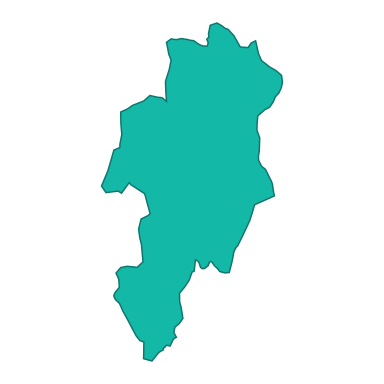 outline of Yewa South, Ogun, Nigeria
{"feature_id": "59680162B97490121732821", "entity_name": "Yewa South", "entity_type": "district", "adm_level": 2, "iso_a3": "NGA", "parent_name": "Nigeria", "parent_adm1": "Ogun", "projection": "equal_earth", "projection_center": [2.951, 6.767], "detail": "fine", "context": "isolated", "style": "filled", "palette": "teal", "viewbox_px": 384, "rotation_deg": 0, "n_neighbors": 0, "source": "geoboundaries", "source_scale": "gbopen_adm2", "svg_char_len": 2064}
<svg xmlns="http://www.w3.org/2000/svg" viewBox="0 0 384 384"><path d="M274.4,195.9L273.5,191.8L272.4,184.0L271.3,181.0L269.8,178.2L265.5,169.4L261.5,166.2L258.6,160.2L258.4,156.5L259.3,150.7L259.7,137.9L257.0,130.5L257.0,125.0L257.8,115.8L264.9,109.7L269.7,107.2L273.3,101.8L275.3,96.9L279.0,92.8L281.4,87.4L282.5,82.1L281.5,75.3L276.0,70.6L269.7,67.0L261.5,60.6L259.7,56.4L258.5,53.7L255.6,40.8L251.1,43.1L248.1,47.6L240.3,47.0L233.9,35.7L227.9,29.2L225.2,28.4L222.2,26.0L217.0,23.0L210.2,25.3L208.5,33.6L208.9,37.0L206.8,39.2L208.2,42.8L207.2,46.1L203.0,46.0L199.8,44.8L196.9,43.0L193.8,40.7L189.9,40.2L188.1,39.7L186.7,39.3L185.0,39.3L182.5,38.6L180.6,38.7L176.6,39.6L173.1,39.3L171.3,38.8L166.5,42.3L168.3,51.4L168.7,54.0L171.1,60.1L169.3,69.3L165.5,81.3L165.8,90.8L166.5,101.4L162.0,97.7L157.3,97.2L149.9,95.5L143.7,101.0L132.5,105.4L127.2,109.1L120.7,112.0L120.9,123.4L121.8,134.6L119.9,144.3L119.9,147.5L114.0,150.0L113.7,150.8L108.0,170.5L101.5,186.1L106.0,192.6L118.1,191.1L121.5,193.2L129.2,182.7L131.1,184.9L144.7,193.7L150.1,213.6L148.0,215.6L141.1,219.0L138.6,229.1L139.8,238.0L141.4,244.1L143.0,261.9L137.2,267.3L127.2,266.3L120.8,267.5L116.0,273.1L118.8,279.2L119.3,287.4L115.1,292.5L113.8,295.5L114.1,297.0L115.4,299.5L119.5,303.5L123.2,311.7L128.4,321.1L132.3,328.7L136.2,335.9L139.9,340.6L143.9,342.0L143.6,358.7L152.0,361.0L158.4,352.9L160.0,351.7L163.4,349.8L163.3,348.2L164.9,347.2L166.3,345.3L170.1,346.0L173.5,338.9L176.4,337.3L173.9,332.6L174.9,327.2L179.2,323.6L182.9,318.4L181.1,307.2L179.7,302.2L179.5,293.3L184.8,286.8L189.2,280.2L192.0,272.2L194.2,271.1L195.4,259.8L197.7,261.0L198.8,262.3L200.6,267.5L202.3,268.6L203.4,268.7L204.9,268.3L206.9,266.7L208.4,265.4L208.5,264.1L208.9,263.8L209.2,263.1L209.1,262.3L209.7,261.8L211.1,261.6L211.9,262.0L214.4,265.7L215.8,266.9L217.7,268.8L219.7,271.5L224.8,272.9L229.2,272.5L230.7,266.9L232.0,261.8L233.1,256.2L233.8,252.1L235.0,249.4L236.2,247.2L237.3,246.3L237.9,245.4L242.1,236.9L249.8,220.5L252.4,212.2L254.6,204.7L274.4,195.9Z" fill="#14b8a6" stroke="#0f766e" stroke-width="1.5"/></svg>